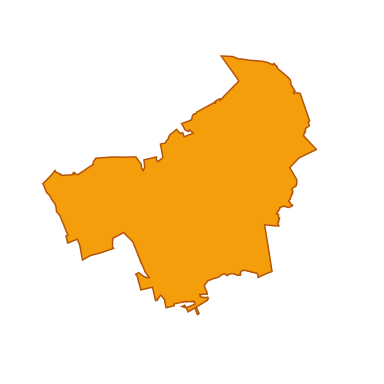 outline of Colón, Querétaro, Mexico, rotated 69°
{"feature_id": "50627088B94679660634187", "entity_name": "Colón", "entity_type": "district", "adm_level": 2, "iso_a3": "MEX", "parent_name": "Mexico", "parent_adm1": "Querétaro", "projection": "mercator", "projection_center": [-100.086, 20.75], "detail": "fine", "context": "isolated", "style": "filled", "palette": "amber", "viewbox_px": 384, "rotation_deg": 69, "n_neighbors": 0, "source": "geoboundaries", "source_scale": "gbopen_adm2", "svg_char_len": 5742}
<svg xmlns="http://www.w3.org/2000/svg" viewBox="0 0 384 384"><g transform="rotate(69 192 192)"><path d="M134.7,59.7L126.9,61.1L124.4,60.2L124.2,60.2L121.3,60.3L113.0,64.7L106.6,68.3L105.8,67.5L103.9,68.5L101.3,69.4L102.4,70.7L101.2,71.5L101.4,71.9L100.2,73.2L98.5,74.4L95.1,79.5L90.7,88.7L90.2,89.7L90.2,89.8L90.1,90.2L89.9,90.4L89.9,90.6L85.5,98.2L84.8,100.2L84.4,100.9L82.9,102.5L81.5,103.9L80.3,105.1L75.9,114.9L75.6,116.0L100.9,109.4L103.6,108.9L105.3,108.6L114.1,128.0L115.0,129.6L115.3,129.8L115.5,130.0L115.6,130.8L115.5,131.3L115.3,131.6L115.4,131.8L115.9,132.1L116.0,132.2L116.5,132.4L116.7,132.7L116.0,132.9L115.2,133.1L114.9,133.3L115.8,138.2L116.2,138.1L116.3,137.9L116.5,137.8L117.0,137.9L117.6,138.3L117.4,138.8L117.1,139.1L117.0,139.3L116.5,139.6L119.1,159.1L119.4,159.2L119.6,159.5L119.8,159.6L120.2,160.0L120.2,161.0L119.9,161.7L119.8,162.3L119.9,162.7L120.7,163.7L121.9,164.9L123.6,166.1L124.5,166.7L124.4,166.9L124.4,167.6L124.5,167.6L124.5,168.7L124.5,170.3L124.5,172.0L124.4,173.6L124.4,175.4L124.4,177.2L124.9,177.0L126.0,176.9L127.7,176.6L131.4,176.3L134.4,173.5L132.9,172.0L137.5,169.9L137.7,179.6L133.4,179.4L133.0,181.0L133.0,182.1L128.0,184.0L130.1,190.1L130.6,192.0L131.8,193.5L134.2,195.5L134.7,197.1L136.7,199.3L136.3,202.0L135.9,204.2L135.9,204.3L137.9,204.7L139.3,204.9L142.5,205.5L144.0,205.8L149.3,206.7L149.9,208.2L150.4,209.8L151.0,211.4L151.6,213.0L149.8,213.4L148.7,213.6L146.5,212.6L144.8,225.4L145.5,225.6L149.6,226.6L152.2,227.5L154.5,229.9L153.0,230.2L153.0,230.3L152.7,230.6L151.2,230.4L148.5,229.6L146.6,229.7L145.1,230.3L140.9,231.4L139.1,231.9L134.9,243.6L130.4,254.7L129.1,259.5L126.0,269.6L128.1,272.9L130.9,274.8L131.7,278.6L132.0,279.8L132.1,280.1L132.4,281.6L132.8,283.1L133.2,284.8L133.5,286.2L133.8,287.7L134.4,290.2L134.9,292.3L134.0,293.9L133.9,293.9L133.4,294.0L132.5,294.2L131.5,295.1L131.5,295.9L131.8,296.3L132.0,296.4L132.1,296.0L132.6,296.0L133.0,296.1L133.4,296.2L133.4,296.5L132.9,296.5L132.5,299.3L132.5,299.6L129.5,308.3L129.1,308.2L128.2,308.1L128.1,308.6L125.8,310.7L125.3,311.3L124.9,311.8L122.8,312.2L124.8,315.3L128.6,323.1L130.7,328.3L133.9,328.0L137.5,328.0L138.7,328.0L140.9,327.7L143.3,326.6L145.0,326.0L145.7,325.9L147.3,325.8L148.9,325.7L150.4,325.0L152.3,324.7L154.6,324.1L158.0,324.5L159.4,324.9L161.3,325.5L161.9,325.5L164.1,324.7L165.9,324.1L167.0,323.8L174.8,323.6L181.4,323.5L187.9,323.3L187.9,325.4L192.5,326.0L195.1,326.3L195.1,324.7L195.0,322.3L195.0,321.3L195.0,320.3L195.0,319.8L195.0,319.3L195.0,318.3L195.0,317.3L195.0,316.9L195.0,315.8L195.5,315.8L196.6,315.9L197.4,316.0L199.8,315.8L200.3,315.9L200.7,315.9L202.5,316.0L210.5,317.6L216.3,318.6L215.1,311.5L215.0,308.0L215.7,302.9L216.0,299.8L216.2,295.9L216.5,285.4L214.6,285.7L214.1,285.7L206.9,282.6L205.4,270.4L216.8,265.3L217.7,265.2L217.9,265.1L231.8,264.9L239.8,265.0L239.8,264.7L250.5,264.3L256.5,262.5L256.0,264.5L255.9,264.5L255.7,264.7L253.8,267.1L248.2,270.7L248.5,273.2L248.7,274.1L250.9,273.3L257.0,274.0L265.1,274.8L266.2,266.9L266.4,265.4L266.7,263.1L268.0,263.2L277.5,264.5L278.0,264.6L278.3,264.6L278.5,264.7L278.9,264.7L279.3,264.8L280.1,264.9L280.4,264.9L280.4,264.1L280.0,263.1L279.5,262.8L279.5,262.7L280.2,262.8L279.7,262.1L279.3,261.5L277.0,258.3L277.0,258.2L278.3,257.7L279.4,257.3L280.6,256.9L282.3,256.3L282.9,256.1L284.0,256.6L290.8,257.7L291.8,249.4L290.1,248.5L291.3,241.1L291.6,239.1L291.9,238.0L291.6,238.0L291.6,237.5L292.2,237.4L292.9,236.3L292.8,234.8L293.8,232.9L294.0,232.4L293.9,231.9L294.4,231.5L294.1,231.2L294.1,230.7L294.4,230.5L294.3,230.1L295.1,229.9L295.1,229.1L297.7,229.1L298.1,238.8L295.1,239.4L295.1,240.4L295.3,241.8L295.3,242.4L298.1,238.9L302.5,238.6L301.2,230.9L308.4,230.9L308.1,229.0L301.0,229.2L300.9,229.2L298.6,216.3L297.9,215.9L297.3,214.9L295.8,215.0L296.0,215.5L295.8,216.2L295.3,216.9L295.0,218.2L292.8,221.8L291.8,221.4L290.2,221.5L291.3,219.6L291.3,218.5L291.6,217.4L291.9,216.9L292.9,214.3L292.3,214.2L290.2,213.9L289.8,214.0L289.7,214.1L289.2,214.0L288.8,214.0L286.7,214.1L286.4,214.2L286.2,214.3L285.4,214.2L284.1,213.9L283.6,213.6L283.3,213.1L283.0,213.0L283.0,212.9L282.3,211.9L281.5,210.4L281.3,210.2L280.7,210.0L280.7,209.8L280.6,207.7L280.6,204.2L280.5,203.3L280.9,199.2L281.0,198.9L281.0,198.3L280.3,194.8L279.9,193.3L279.8,190.9L280.0,190.7L281.8,189.9L281.9,189.7L282.8,188.8L282.4,188.1L282.2,187.4L282.2,187.0L282.3,184.4L282.6,183.5L282.8,183.1L285.9,179.5L287.0,176.5L286.6,176.2L286.2,176.6L285.8,176.6L285.1,175.6L284.3,175.4L283.5,174.0L283.6,171.3L284.3,170.8L284.4,170.0L284.9,169.4L286.2,167.9L286.8,166.4L287.8,165.8L288.4,164.8L288.9,163.5L290.2,162.5L290.2,161.8L290.4,161.3L291.7,160.2L295.6,160.8L295.2,158.5L294.8,150.0L294.9,145.8L277.0,141.9L248.6,136.0L253.3,126.8L254.7,123.4L254.8,123.1L253.0,123.0L251.9,123.4L251.4,123.0L250.9,122.3L251.1,121.8L250.6,121.6L250.2,121.7L249.1,120.7L248.6,120.1L247.8,120.4L247.8,120.1L247.5,119.6L247.1,120.0L245.3,120.0L244.5,119.4L243.9,119.2L243.6,119.8L242.6,121.1L239.3,116.2L238.0,115.6L238.0,113.9L238.2,112.1L238.0,111.0L239.0,110.0L239.9,109.3L241.2,107.0L240.9,103.4L240.5,102.8L239.2,103.8L238.6,104.1L237.0,104.1L235.7,104.8L234.7,104.8L234.1,103.0L233.4,102.8L232.9,102.2L232.2,101.7L231.5,101.3L231.0,100.9L231.1,100.4L230.8,100.0L230.2,100.0L230.0,99.6L229.5,99.3L229.3,98.9L229.3,98.4L228.5,98.4L228.0,98.3L227.7,97.6L225.7,97.8L224.6,97.1L224.2,95.4L223.6,92.5L220.9,90.8L220.2,90.8L220.0,90.5L218.1,89.8L204.2,92.0L198.5,79.7L196.9,60.7L196.6,60.8L179.6,67.7L178.7,67.1L177.0,65.7L176.2,65.4L176.4,65.1L176.6,65.0L175.2,63.8L174.1,63.7L173.4,63.4L172.2,58.8L171.9,58.6L168.4,58.5L167.8,56.7L138.7,55.7L138.0,56.7L137.5,57.8L137.0,58.8L136.7,59.5L136.6,60.1L136.5,61.7L134.5,61.0L134.7,59.7Z" fill="#f59e0b" stroke="#b45309" stroke-width="1.5"/></g></svg>